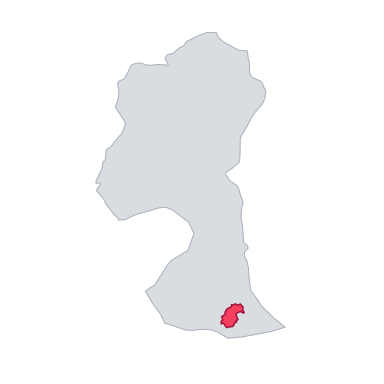 where Aizputes sits in Latvia, rotated 258°
{"feature_id": "LVA-5714", "entity_name": "Aizputes", "entity_type": "Municipality", "adm_level": 1, "iso_a3": "LVA", "parent_name": "Latvia", "parent_adm1": "", "projection": "mercator", "projection_center": [21.624, 56.709], "detail": "fine", "context": "in_parent", "style": "filled", "palette": "rose", "viewbox_px": 384, "rotation_deg": 258, "n_neighbors": 0, "source": "natural_earth", "source_scale": "10m", "svg_char_len": 2531}
<svg xmlns="http://www.w3.org/2000/svg" viewBox="0 0 384 384"><g transform="rotate(258 192 192)"><path d="M276.5,285.3L274.3,284.9L268.3,282.6L263.2,279.0L260.1,274.4L254.8,267.9L251.4,264.7L245.9,260.5L236.9,252.1L233.6,250.2L217.5,246.5L211.6,244.8L206.3,235.2L204.5,229.6L201.9,228.6L199.0,229.8L195.9,230.9L188.6,237.5L186.3,238.4L181.8,238.5L171.2,239.9L166.5,237.5L158.1,234.9L153.6,234.5L149.6,234.6L131.9,232.0L128.7,234.8L125.4,235.3L122.2,231.0L118.3,229.8L113.9,231.3L106.0,231.4L96.6,230.1L84.6,229.0L82.8,229.4L69.5,235.2L66.3,236.1L51.8,245.8L40.4,254.8L39.1,240.3L39.8,211.3L41.5,196.7L49.4,188.3L53.4,181.6L55.7,172.8L56.4,164.5L58.0,157.7L69.5,138.0L78.6,135.9L90.9,130.4L104.6,125.9L107.3,131.7L108.6,136.1L125.2,152.2L129.4,157.6L135.8,176.0L151.1,185.3L163.2,182.3L168.4,177.8L178.1,169.5L182.4,163.4L183.3,157.5L181.6,132.1L178.9,121.1L179.8,114.2L181.5,114.5L185.6,111.2L199.1,105.0L201.8,104.7L204.9,103.4L213.4,98.7L216.1,101.2L218.4,104.1L219.6,104.1L220.3,103.1L220.1,101.2L220.7,99.9L223.1,100.6L233.0,108.4L236.7,110.2L239.3,110.7L242.4,114.3L250.8,116.8L251.9,118.6L252.5,121.0L260.4,130.8L263.9,135.7L270.9,140.2L273.9,141.2L286.1,136.6L289.5,135.0L292.3,135.0L295.2,137.4L301.7,140.6L307.7,141.7L308.7,141.4L313.7,141.8L315.5,143.0L316.7,149.2L322.4,154.1L327.7,158.1L329.0,160.0L329.4,163.6L329.1,167.8L328.4,169.9L326.2,172.4L324.3,178.7L324.0,184.7L321.0,195.0L321.7,195.2L328.1,193.4L329.9,194.4L331.3,196.7L331.7,203.2L333.8,206.1L336.0,210.6L336.6,214.1L340.7,218.3L341.0,221.0L343.5,230.5L344.5,236.0L344.9,240.2L343.7,245.6L342.6,249.2L341.3,249.0L337.7,249.9L331.9,254.3L323.3,264.5L321.1,266.8L318.8,274.6L318.3,275.4L313.3,275.0L311.9,274.8L306.9,275.0L296.0,273.0L291.8,274.3L286.2,282.1L284.1,283.3L277.6,284.4L276.5,285.3Z" fill="#d9dde1" stroke="#a8b0b8" stroke-width="1"/><path d="M57.0,193.3L59.4,193.6L60.4,195.2L60.8,195.3L62.6,195.3L63.7,195.1L64.4,196.0L64.4,196.8L64.9,197.7L65.3,198.6L65.9,199.3L66.2,199.4L67.1,199.3L67.4,199.2L69.9,201.4L70.8,203.2L70.9,203.9L71.2,204.6L71.3,205.3L71.1,206.0L71.5,206.5L72.6,207.1L73.5,207.3L72.9,208.7L73.1,209.3L73.5,210.4L73.4,211.1L73.1,211.8L72.6,212.3L71.5,213.0L71.6,213.3L72.1,214.3L72.3,215.0L72.2,215.4L72.3,216.1L70.5,217.0L68.8,218.0L66.6,217.1L63.3,218.0L62.8,217.1L64.8,215.0L64.8,213.0L64.3,210.7L62.8,209.5L60.5,210.0L59.3,210.0L57.7,210.5L56.8,208.4L55.6,208.6L55.4,206.9L52.8,204.9L51.9,203.3L52.3,201.8L52.1,198.0L53.2,197.0L55.9,196.1L57.2,195.5L57.0,193.3Z" fill="#f43f5e" stroke="#9f1239" stroke-width="1.5"/></g></svg>